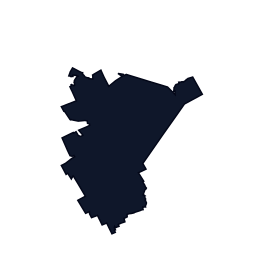 outline of El Llano, Aguascalientes, Mexico, rotated 327°
{"feature_id": "50627088B57230775493206", "entity_name": "El Llano", "entity_type": "district", "adm_level": 2, "iso_a3": "MEX", "parent_name": "Mexico", "parent_adm1": "Aguascalientes", "projection": "natural_earth1", "projection_center": [-102.052, 21.929], "detail": "fine", "context": "isolated", "style": "filled", "palette": "ink", "viewbox_px": 256, "rotation_deg": 327, "n_neighbors": 0, "source": "geoboundaries", "source_scale": "gbopen_adm2", "svg_char_len": 4132}
<svg xmlns="http://www.w3.org/2000/svg" viewBox="0 0 256 256"><g transform="rotate(327 128 128)"><path d="M99.7,203.8L100.1,202.9L101.1,202.2L102.2,201.4L102.8,200.6L103.0,198.8L103.3,198.2L103.3,197.9L103.5,197.7L103.4,197.7L103.6,197.5L104.1,196.3L104.5,194.8L104.8,194.0L105.3,194.1L104.9,192.9L104.4,192.7L104.2,192.3L108.6,189.0L109.2,188.9L109.6,189.0L110.2,188.7L110.7,188.4L110.5,186.6L110.8,185.5L110.9,185.0L111.0,181.1L112.2,181.2L112.3,172.7L112.3,171.2L120.7,172.3L121.1,165.8L131.2,161.7L132.4,161.2L151.5,153.4L153.2,152.7L174.0,144.4L188.4,138.6L208.7,140.2L210.0,120.5L205.2,119.1L204.4,119.4L203.5,119.2L203.4,119.1L202.6,119.4L202.3,119.5L200.9,119.6L200.4,119.5L199.7,119.7L199.6,119.4L199.1,119.1L198.5,118.6L196.3,117.9L196.0,117.4L195.5,117.2L195.2,118.2L195.1,118.3L194.9,118.3L194.4,118.5L194.1,118.3L192.2,117.8L192.0,117.7L190.9,118.0L189.4,119.0L188.9,119.2L188.6,119.2L186.8,121.7L186.6,121.8L186.3,121.9L186.1,122.1L187.6,122.5L185.7,125.7L183.5,115.2L179.9,110.9L170.0,99.2L167.6,96.3L158.1,85.0L155.7,82.1L153.2,81.9L153.4,80.6L152.1,79.3L149.3,76.8L151.2,81.6L143.1,81.6L139.8,82.0L137.0,82.3L134.6,82.6L135.6,72.3L136.6,65.7L136.8,64.7L128.6,64.3L127.1,64.3L126.9,65.0L125.2,67.8L123.3,66.3L122.1,65.4L122.5,64.7L121.0,63.4L119.8,61.8L119.7,59.8L119.2,58.1L119.3,58.0L119.4,57.9L119.5,57.8L119.6,57.7L119.9,57.3L120.1,56.9L119.9,56.8L119.4,56.4L117.7,53.6L115.6,49.8L115.2,49.1L114.2,47.4L114.0,47.5L110.5,49.3L110.4,49.3L106.7,52.1L106.8,52.2L107.0,52.1L107.3,52.3L107.6,52.7L107.7,52.8L107.8,53.1L108.0,53.3L107.9,53.5L108.0,53.6L108.2,53.9L108.4,54.0L108.6,54.1L108.8,54.2L109.0,54.2L109.1,54.3L109.3,54.4L109.4,54.5L109.5,54.5L109.5,54.4L109.8,54.5L110.0,54.7L110.2,54.4L110.2,53.9L110.3,53.7L110.5,53.6L110.8,53.6L111.0,53.7L111.3,53.9L111.4,54.0L111.5,54.2L111.6,54.3L111.9,54.6L112.0,54.7L112.0,54.8L112.1,55.0L112.3,55.1L112.5,55.2L112.6,55.3L112.8,55.4L113.0,55.5L113.2,55.8L113.3,55.9L113.4,56.0L113.7,56.3L113.9,56.5L114.0,56.9L114.2,57.1L114.3,57.3L114.1,57.3L113.3,57.2L112.8,57.3L112.4,57.4L112.0,57.6L111.4,57.9L110.5,58.2L110.3,58.3L110.0,58.4L109.6,58.7L109.2,58.9L108.9,59.0L108.7,59.2L108.7,59.3L108.5,59.5L108.4,59.8L108.3,60.0L108.1,60.4L107.9,60.3L107.8,60.2L107.7,60.2L107.6,60.3L107.6,60.5L107.7,60.8L107.6,61.1L107.6,61.3L107.5,61.5L107.4,61.5L107.3,61.8L107.2,61.8L107.0,62.0L107.0,62.3L106.9,62.4L106.9,62.5L106.7,62.8L106.6,62.7L106.4,62.7L106.3,62.8L106.3,63.0L106.2,63.1L106.0,62.9L105.8,62.9L105.7,62.9L105.6,62.7L105.4,62.7L105.2,62.6L105.1,62.4L105.0,62.1L104.9,62.0L104.8,61.9L104.7,61.8L104.7,61.7L104.6,61.2L104.4,60.8L103.7,60.8L103.7,61.0L103.6,61.3L103.6,61.5L103.4,61.7L103.3,61.8L103.0,61.8L101.8,61.7L101.3,64.9L101.1,66.8L99.5,77.1L88.0,74.7L88.0,74.8L83.7,73.8L83.3,79.1L83.9,79.8L84.0,89.1L84.0,89.3L84.1,89.6L84.4,89.9L84.5,90.1L85.0,90.0L86.2,91.4L86.4,91.6L90.0,95.1L95.9,98.2L97.7,99.8L96.6,102.0L97.9,103.7L97.3,104.9L94.5,104.6L87.7,103.4L85.4,103.0L86.3,109.4L83.9,109.5L82.2,107.2L82.3,105.5L82.3,105.4L82.3,105.1L82.4,102.8L79.9,102.8L79.9,102.4L79.9,102.1L79.6,102.0L79.3,102.4L79.1,102.4L78.7,101.8L67.3,100.4L65.4,112.0L65.1,113.6L64.9,115.3L64.7,116.5L64.7,117.2L64.6,117.3L64.6,117.8L64.3,119.7L65.8,121.3L67.7,121.6L67.6,123.1L63.9,122.9L60.4,123.3L56.5,123.6L53.0,123.3L51.7,123.1L50.8,133.2L52.8,133.1L52.7,139.9L55.8,138.2L56.0,138.2L55.7,148.1L55.1,162.0L46.5,161.3L46.0,176.5L50.1,177.1L49.0,179.0L48.9,180.1L48.6,183.3L51.8,184.0L52.0,184.1L52.5,184.2L53.6,184.4L54.8,184.6L54.6,186.3L54.4,188.0L54.3,188.6L54.2,189.8L53.5,195.2L58.3,196.1L58.2,197.5L57.7,201.3L57.5,202.8L57.2,205.8L56.9,208.0L58.2,208.2L59.3,208.4L59.5,208.4L60.5,208.6L60.8,206.4L62.0,206.6L62.2,204.2L63.1,203.4L63.0,204.8L65.0,205.1L66.9,205.6L67.1,204.6L67.1,204.4L67.2,203.6L69.6,203.9L70.8,204.1L73.0,204.7L74.3,205.0L75.4,201.6L77.6,202.0L78.3,201.9L78.5,202.0L78.9,202.1L79.6,200.9L80.2,199.9L80.8,200.1L82.4,200.6L83.0,200.8L83.7,201.3L86.4,202.3L86.4,202.0L88.1,202.5L92.2,203.6L92.8,203.8L94.7,204.1L95.1,204.2L96.2,204.7L96.9,202.8L97.3,202.9L97.6,202.3L98.5,203.0L99.0,203.3L99.7,203.8Z" fill="#0f172a" stroke="#020617" stroke-width="1.5"/></g></svg>